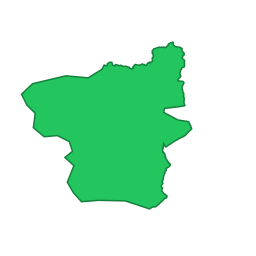 outline of Kara-Buura, Talas, Kyrgyzstan, rotated 153°
{"feature_id": "92254566B426760339641", "entity_name": "Kara-Buura", "entity_type": "district", "adm_level": 2, "iso_a3": "KGZ", "parent_name": "Kyrgyzstan", "parent_adm1": "Talas", "projection": "equal_earth", "projection_center": [71.131, 42.476], "detail": "fine", "context": "isolated", "style": "filled", "palette": "green", "viewbox_px": 256, "rotation_deg": 153, "n_neighbors": 0, "source": "geoboundaries", "source_scale": "gbopen_adm2", "svg_char_len": 5281}
<svg xmlns="http://www.w3.org/2000/svg" viewBox="0 0 256 256"><g transform="rotate(153 128 128)"><path d="M202.9,83.4L187.2,77.0L163.7,64.4L145.5,46.1L144.8,46.3L144.4,46.3L144.0,46.3L143.3,46.4L142.0,46.3L141.2,46.2L140.0,45.7L139.2,45.2L130.1,47.5L129.5,47.8L128.3,48.4L127.0,48.4L126.4,48.4L126.0,48.3L125.3,48.3L125.2,48.3L124.1,49.7L124.5,50.6L124.7,51.1L124.8,51.3L124.8,51.7L124.9,51.8L125.0,51.9L125.1,52.0L125.3,52.2L125.4,52.4L125.5,52.6L125.6,52.9L125.7,53.0L125.7,53.4L125.8,53.7L125.9,53.8L126.0,54.2L126.0,54.5L126.0,54.8L126.1,55.1L126.1,55.4L126.2,55.8L126.3,56.1L126.4,56.6L126.4,56.8L126.4,57.4L126.0,57.7L125.6,57.9L125.2,58.1L124.8,58.5L124.4,58.8L124.5,59.0L124.8,59.4L124.9,59.7L125.0,60.0L124.7,60.8L124.6,61.1L124.5,61.4L124.4,61.6L123.6,62.0L122.9,62.3L122.1,62.7L122.0,63.3L121.9,63.8L122.1,64.8L121.7,65.0L121.2,65.4L120.3,65.9L120.2,66.0L119.8,66.4L119.7,66.7L119.6,67.0L119.3,67.6L118.9,67.9L118.8,68.0L118.6,68.1L118.3,68.6L118.1,69.1L117.6,69.5L117.4,69.6L117.2,70.0L116.2,70.6L115.6,71.0L115.4,71.1L115.4,71.3L115.4,72.0L115.2,72.2L114.9,72.4L114.7,72.4L114.5,72.5L114.3,72.5L114.0,72.6L113.7,72.7L113.5,72.8L113.3,72.9L112.9,73.2L112.4,74.4L111.8,74.7L111.1,74.7L109.3,74.8L107.1,75.6L107.1,76.0L107.1,76.4L107.2,76.5L106.9,76.8L106.8,77.2L106.9,77.5L107.0,77.6L107.2,77.8L107.3,78.0L107.5,78.0L107.8,78.4L107.8,78.5L107.8,78.9L107.8,79.0L107.7,79.2L107.6,79.4L107.6,80.1L107.9,81.4L107.8,82.1L108.0,82.4L107.9,82.7L108.0,83.4L107.7,84.5L107.8,84.6L107.8,84.9L107.7,85.0L107.8,85.2L108.0,85.3L107.9,85.5L107.2,87.2L107.3,87.8L107.0,88.6L107.2,88.9L107.3,89.3L107.2,89.8L107.5,90.1L107.8,90.2L107.9,90.5L107.5,91.0L107.4,92.4L106.7,93.1L106.5,93.6L106.0,94.0L105.7,94.5L105.3,94.6L104.9,95.5L104.6,95.8L104.5,96.1L104.3,96.3L104.1,96.7L104.0,97.0L103.8,97.2L103.7,97.4L103.5,97.5L103.4,97.6L103.4,97.8L103.2,98.0L103.2,97.9L103.5,96.9L103.1,95.8L103.2,95.4L103.1,95.1L103.0,94.6L102.8,94.1L102.7,93.8L102.4,93.8L101.9,94.0L100.5,94.2L99.3,94.4L96.8,94.6L94.8,94.9L91.6,95.2L89.0,95.2L88.5,95.3L87.0,95.4L82.6,95.2L81.6,95.3L79.7,95.7L79.1,95.9L77.1,96.6L74.6,97.4L74.0,97.6L73.5,97.8L71.8,98.2L71.6,98.4L71.4,99.0L71.2,102.6L71.2,104.3L71.1,104.7L71.1,105.5L71.2,106.1L72.8,107.4L74.1,108.3L77.1,110.5L80.0,112.6L89.1,125.7L87.4,128.0L86.7,128.7L86.5,128.8L86.3,128.8L73.4,124.0L67.4,122.1L67.1,122.2L66.8,124.8L66.5,125.4L66.2,126.3L65.6,126.7L65.3,127.3L65.1,127.8L65.0,128.1L64.3,129.1L64.3,130.0L64.0,131.0L63.8,131.3L63.7,131.7L63.4,132.0L63.0,132.6L62.8,132.9L62.7,133.5L62.9,133.8L63.0,134.1L62.7,134.6L62.6,135.8L62.0,137.6L62.1,138.0L61.7,139.3L61.2,139.9L60.4,140.7L58.3,142.3L57.7,142.7L57.5,143.2L57.6,143.6L57.8,144.2L58.1,144.8L60.2,146.0L62.0,147.4L62.1,147.9L61.9,148.3L60.1,149.2L58.5,149.4L57.5,150.2L57.3,150.6L57.2,152.3L57.0,153.1L55.9,154.2L55.4,155.1L55.0,155.5L54.4,155.7L53.7,156.1L52.9,157.0L52.3,157.2L50.4,156.8L49.6,157.5L49.6,157.8L49.3,158.1L48.6,159.2L48.3,160.1L48.2,160.8L47.3,161.6L47.0,163.0L48.1,165.0L47.4,166.1L47.0,167.1L46.4,167.3L45.9,167.3L45.2,167.4L43.9,169.0L44.5,169.5L44.3,170.3L44.8,171.7L44.6,173.0L44.2,173.7L43.8,174.1L43.8,174.4L44.5,175.3L45.2,176.6L47.2,177.6L47.5,178.0L49.1,179.3L49.3,180.2L49.7,180.5L49.8,181.6L48.9,183.2L49.0,184.1L51.5,184.6L52.6,184.4L53.3,184.6L54.4,184.2L54.9,183.3L55.4,183.0L56.5,183.2L56.8,183.0L57.4,182.5L57.6,182.4L59.0,183.3L59.6,184.0L60.0,183.8L61.1,184.7L62.1,184.9L62.6,185.3L63.5,185.9L64.3,186.1L65.5,186.1L65.8,186.1L66.2,186.3L67.2,186.5L67.9,186.4L68.7,186.9L69.6,186.5L70.3,186.0L70.9,186.0L71.1,186.0L71.4,185.5L71.9,184.9L71.9,184.5L72.0,183.8L72.5,183.6L72.6,183.3L72.5,183.1L72.2,182.6L71.9,182.3L71.9,182.1L72.1,182.0L72.4,181.7L72.6,181.4L72.7,180.7L72.8,180.3L72.9,180.1L73.1,180.0L73.8,179.8L74.6,179.4L74.9,179.1L75.3,178.0L75.5,177.3L76.1,176.4L76.3,176.2L76.8,176.1L77.7,176.2L78.3,176.6L78.6,176.4L79.0,175.9L79.3,176.4L79.0,176.6L78.9,176.8L79.1,176.9L79.4,176.9L79.8,176.9L80.2,176.6L81.0,176.9L81.5,176.7L82.0,176.3L82.1,176.2L82.9,175.7L83.9,175.7L84.2,176.3L84.5,176.8L84.8,177.2L84.9,177.4L85.3,177.4L85.7,177.7L86.1,178.4L86.4,178.7L86.5,178.7L86.8,178.7L87.2,178.5L87.5,178.5L89.1,178.8L89.7,179.0L90.3,179.4L90.8,179.8L91.7,180.4L92.1,180.9L92.6,181.3L93.1,181.2L93.4,181.2L93.9,181.1L94.9,180.4L95.3,180.3L95.6,180.2L96.0,180.0L96.2,178.7L97.2,179.1L97.3,179.1L98.1,179.1L98.5,179.6L98.9,180.1L99.4,180.5L99.4,181.0L99.3,181.5L100.0,182.1L100.2,182.4L100.6,182.7L100.9,182.8L101.3,183.4L101.5,183.7L101.6,183.9L101.8,184.0L102.1,184.2L102.6,184.3L103.3,184.7L104.6,185.3L105.0,186.0L105.3,186.3L105.4,186.6L105.7,187.0L105.9,187.1L106.3,187.3L106.7,187.3L106.9,187.3L107.1,187.2L107.4,187.6L107.7,188.0L108.3,188.2L108.7,188.7L108.9,188.9L109.5,189.7L109.7,189.9L110.2,190.1L110.8,189.9L111.4,189.2L111.6,189.3L112.1,190.0L113.3,191.0L113.1,191.6L112.9,192.2L112.7,193.0L112.6,193.5L112.8,194.0L113.4,194.4L113.9,194.6L114.4,194.8L114.6,194.9L115.0,194.8L116.0,194.8L116.5,194.7L117.0,194.6L117.5,194.1L117.7,193.6L118.3,193.0L118.8,193.4L119.3,193.6L120.7,194.9L124.7,192.1L140.8,190.8L159.7,202.7L192.9,210.8L207.6,206.4L207.6,194.2L204.0,183.2L212.2,171.3L206.7,158.3L194.4,153.3L186.4,142.5L188.1,132.4L197.6,130.4L193.3,119.0L206.7,107.2L206.0,95.0L202.9,83.4Z" fill="#22c55e" stroke="#15803d" stroke-width="1.5"/></g></svg>